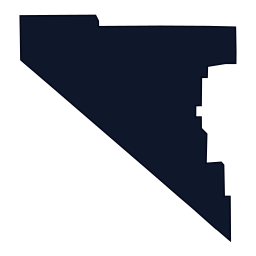 Douglas, Nevada, United States of America (Natural Earth projection)
{"feature_id": "52423323B42659235998259", "entity_name": "Douglas", "entity_type": "district", "adm_level": 2, "iso_a3": "USA", "parent_name": "United States of America", "parent_adm1": "Nevada", "projection": "natural_earth1", "projection_center": [-119.503, 38.824], "detail": "fine", "context": "isolated", "style": "filled", "palette": "ink", "viewbox_px": 256, "rotation_deg": 0, "n_neighbors": 0, "source": "geoboundaries", "source_scale": "gbopen_adm2", "svg_char_len": 553}
<svg xmlns="http://www.w3.org/2000/svg" viewBox="0 0 256 256"><path d="M150.2,171.2L178.6,195.9L192.2,207.5L215.5,228.2L217.3,229.5L228.7,239.3L230.3,240.6L230.0,196.4L224.2,196.4L223.6,165.0L221.2,162.3L206.0,163.4L206.7,133.9L201.2,128.4L201.1,117.0L195.5,117.0L195.6,105.6L201.1,105.5L201.4,77.3L207.1,77.3L207.4,66.2L225.5,63.3L235.7,63.3L235.8,52.2L235.4,27.2L208.6,26.6L160.9,26.3L98.4,26.7L98.3,21.0L95.5,15.4L20.2,15.9L20.5,33.4L20.9,59.9L50.9,85.6L149.5,170.6L149.7,170.8L150.2,171.2Z" fill="#0f172a" stroke="#020617" stroke-width="1.5"/></svg>